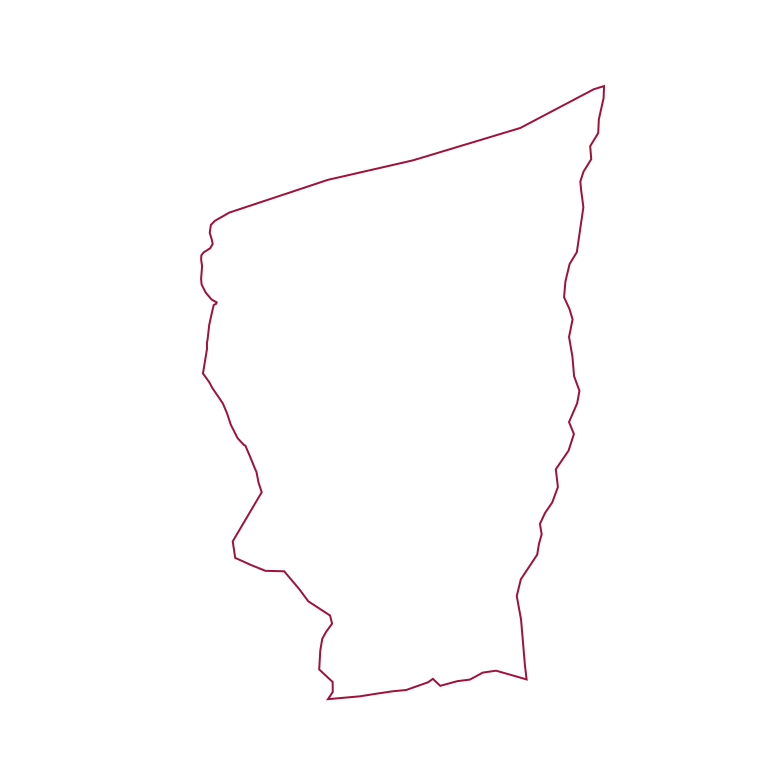 outline of San Pedro Cajonos, Oaxaca, Mexico, rotated 276°
{"feature_id": "50627088B28175104329163", "entity_name": "San Pedro Cajonos", "entity_type": "district", "adm_level": 2, "iso_a3": "MEX", "parent_name": "Mexico", "parent_adm1": "Oaxaca", "projection": "orthographic", "projection_center": [-96.263, 17.164], "detail": "fine", "context": "isolated", "style": "outline", "palette": "rose", "viewbox_px": 768, "rotation_deg": 276, "n_neighbors": 0, "source": "geoboundaries", "source_scale": "gbopen_adm2", "svg_char_len": 1496}
<svg xmlns="http://www.w3.org/2000/svg" viewBox="0 0 768 768"><g transform="rotate(276 384 384)"><path d="M64.7,361.2L70.9,392.8L74.8,407.3L79.3,424.7L82.0,438.0L92.0,459.1L95.9,463.4L89.7,471.5L96.1,487.9L99.0,500.3L107.3,512.4L110.6,525.4L105.1,556.7L118.8,553.6L140.2,549.5L164.1,544.9L187.0,538.2L204.1,540.5L230.3,554.2L240.9,554.8L251.1,556.5L261.2,553.7L272.7,557.7L283.8,563.7L299.7,567.7L317.2,563.8L337.0,574.5L354.1,578.1L365.5,572.0L385.0,578.1L397.6,579.1L411.7,572.2L431.1,568.5L450.1,563.1L468.0,564.8L478.0,560.6L489.1,554.0L505.0,553.7L522.9,556.1L535.3,562.0L580.7,563.8L597.8,559.7L605.9,558.1L616.0,560.2L629.3,566.6L642.1,564.2L656.0,570.8L669.6,570.0L691.3,572.5L703.3,571.7L699.0,561.7L652.9,492.8L609.5,389.5L581.2,306.9L538.3,212.2L528.6,198.7L524.1,195.2L516.0,194.9L510.0,197.5L505.3,199.0L500.8,196.9L496.0,190.8L492.8,188.9L488.7,189.1L482.0,190.8L469.5,191.1L463.9,192.2L456.3,197.1L454.0,199.5L450.0,203.7L447.7,209.1L447.0,208.9L446.2,208.6L444.8,206.4L437.0,205.4L424.5,204.0L410.1,203.9L406.2,203.6L400.6,204.3L377.9,203.0L375.6,202.8L367.8,209.8L362.0,213.8L354.8,219.9L347.8,225.8L338.3,231.0L327.5,235.9L314.8,244.1L308.7,251.1L308.2,252.6L299.2,257.6L294.4,260.2L286.4,264.5L283.1,266.4L272.9,269.5L263.6,273.7L211.7,250.0L195.5,254.2L190.1,270.5L185.8,285.6L187.3,304.3L171.3,321.0L159.9,331.5L148.1,354.6L140.2,357.4L131.4,352.3L124.0,349.2L112.2,348.5L93.3,349.4L82.3,364.1L72.3,365.2L64.7,361.2Z" fill="none" stroke="#9f1239" stroke-width="2"/></g></svg>